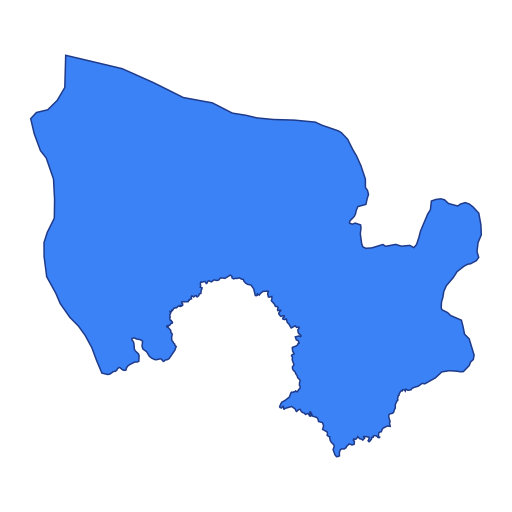 Huameuang, Houaphan, Laos
{"feature_id": "54806243B56031864903402", "entity_name": "Huameuang", "entity_type": "district", "adm_level": 2, "iso_a3": "LAO", "parent_name": "Laos", "parent_adm1": "Houaphan", "projection": "robinson", "projection_center": [103.862, 20.067], "detail": "fine", "context": "isolated", "style": "filled", "palette": "blue", "viewbox_px": 512, "rotation_deg": 0, "n_neighbors": 0, "source": "geoboundaries", "source_scale": "gbopen_adm2", "svg_char_len": 6092}
<svg xmlns="http://www.w3.org/2000/svg" viewBox="0 0 512 512"><path d="M101.9,373.1L107.8,374.5L109.9,374.1L113.5,371.5L115.3,371.3L116.6,370.4L117.4,368.9L118.9,367.5L120.0,367.7L122.6,369.9L124.7,370.4L125.9,370.1L126.5,368.0L127.6,366.2L129.5,364.7L134.6,362.1L137.6,361.9L138.8,361.3L139.1,355.5L138.3,353.7L135.2,350.8L134.4,349.2L133.9,343.3L133.2,341.5L131.8,339.7L132.1,338.4L133.5,338.0L135.1,338.1L136.1,338.9L139.9,339.6L141.7,340.4L142.6,341.5L142.0,346.1L142.9,349.0L146.6,351.7L149.4,356.3L151.6,358.1L154.7,359.6L156.5,359.7L160.4,358.8L161.9,359.5L162.5,360.8L163.8,361.4L165.3,360.0L167.5,359.6L169.1,358.6L174.8,350.3L176.2,346.5L175.0,345.5L174.7,344.1L173.7,343.2L172.9,341.6L171.8,340.4L171.6,337.3L172.2,334.5L171.9,333.3L170.8,332.5L170.8,330.5L168.8,328.1L166.8,326.8L167.1,325.6L168.6,326.1L169.0,325.3L169.8,325.2L170.6,323.8L172.3,323.1L172.5,322.5L172.0,321.6L171.3,321.5L171.3,320.5L170.3,320.2L170.0,319.5L169.7,318.1L170.2,317.1L169.7,314.9L170.6,313.5L170.0,311.6L171.2,311.9L171.7,311.3L171.7,310.2L172.6,310.3L173.8,308.3L174.7,308.2L175.1,307.6L176.5,307.8L178.5,306.0L180.2,306.4L180.3,305.5L181.2,306.1L181.6,306.1L181.7,305.4L182.6,305.3L182.7,304.0L181.6,302.8L181.9,301.8L188.1,301.7L188.6,300.5L189.3,300.3L189.3,299.6L191.5,298.8L191.1,297.4L191.9,295.8L193.6,297.0L194.7,296.0L195.9,295.6L196.3,295.7L196.6,296.7L197.2,296.9L198.7,295.7L199.4,293.9L200.9,293.4L201.1,290.8L202.0,288.5L202.0,287.7L200.3,287.3L200.6,285.4L200.3,283.3L200.9,282.0L201.4,282.3L204.9,281.4L206.3,283.5L207.1,283.0L207.9,281.2L208.6,280.7L211.0,281.8L211.7,281.7L213.9,279.9L217.1,280.5L218.9,279.9L220.2,278.1L223.0,278.0L224.9,278.4L230.3,275.1L231.9,276.2L231.9,277.4L232.3,278.2L233.8,278.9L235.2,278.3L236.8,278.5L239.4,277.8L241.4,279.1L243.4,279.4L243.7,280.8L244.2,281.5L245.6,283.1L247.5,284.3L251.0,285.1L253.7,288.8L255.3,295.5L256.4,295.7L257.2,295.3L257.0,294.2L257.4,293.8L259.2,295.1L260.4,293.5L263.0,291.4L268.1,291.1L268.4,291.5L267.7,293.2L267.7,294.3L268.4,297.0L269.5,297.1L271.8,296.5L271.9,298.9L271.3,300.7L274.3,304.0L275.4,306.4L277.0,306.5L278.1,307.4L277.5,309.5L277.8,310.6L280.2,310.1L280.7,310.3L280.8,310.7L279.8,311.4L278.8,313.0L278.7,313.6L279.3,314.7L280.9,316.4L283.5,315.6L284.3,315.9L284.2,316.9L282.7,318.1L282.8,319.0L284.7,319.6L286.3,319.0L287.3,322.5L288.8,323.9L291.2,328.0L295.0,325.9L295.4,325.9L296.5,327.4L298.7,327.0L299.3,327.9L297.8,329.9L298.2,332.5L298.7,333.5L300.9,335.4L300.9,336.3L300.4,336.6L298.6,336.0L295.3,336.9L296.4,340.0L297.9,340.4L299.0,342.5L299.1,343.2L298.1,343.4L297.6,344.9L295.9,346.1L292.5,347.3L292.2,347.8L292.7,351.3L294.1,353.6L293.8,354.2L292.3,354.6L291.5,355.6L292.5,357.4L292.2,359.8L294.0,364.8L292.4,366.9L292.5,368.6L293.5,370.5L295.3,372.1L295.7,373.7L297.0,375.4L297.7,377.7L299.8,379.8L300.1,381.2L299.5,382.9L299.4,385.2L300.1,386.4L300.1,387.9L299.7,388.8L298.7,389.5L297.4,391.8L296.6,391.6L295.7,390.9L294.9,391.7L294.2,391.7L293.1,392.3L291.7,392.1L290.9,392.8L289.4,397.0L285.2,400.3L281.9,402.1L280.7,404.0L279.6,406.8L280.0,407.5L281.5,408.0L282.6,406.5L283.3,406.3L283.8,409.1L284.1,409.2L285.2,408.4L291.6,406.5L295.1,408.9L296.2,411.3L296.6,411.5L298.7,409.6L300.2,409.3L301.3,411.5L302.5,412.5L304.1,413.0L305.6,414.5L306.8,413.8L308.4,413.6L309.5,415.9L310.3,416.2L311.0,415.6L310.0,413.9L309.7,412.3L309.9,411.9L310.6,412.0L312.0,414.6L312.0,415.9L316.9,417.5L317.9,419.0L318.6,421.5L322.1,422.5L322.6,423.0L323.6,425.7L322.6,429.4L327.2,432.0L327.5,433.4L327.1,435.2L328.6,436.5L329.8,436.8L329.8,438.6L330.3,440.6L331.6,442.7L333.0,443.9L334.1,445.4L334.2,446.5L333.1,449.5L334.9,454.7L336.5,456.7L338.3,456.5L339.5,455.8L339.3,453.3L339.8,450.9L340.4,449.8L341.8,448.8L344.1,449.0L346.1,447.6L346.6,446.3L348.3,444.9L348.7,444.1L350.0,444.1L352.0,445.0L354.2,444.2L354.4,441.3L353.4,440.3L353.6,439.0L354.0,438.8L355.0,439.4L356.0,439.1L357.5,437.4L357.7,436.7L359.9,438.8L361.5,439.1L362.8,440.1L364.6,438.1L364.6,437.6L363.7,437.1L363.6,436.6L366.4,436.5L367.4,437.0L368.8,437.1L369.1,437.6L368.9,439.3L368.1,440.7L368.7,441.6L369.5,441.6L371.6,438.9L371.6,437.5L373.2,437.2L373.3,436.3L374.0,435.6L376.3,435.8L378.2,437.6L379.4,437.6L379.6,437.2L378.8,437.1L378.5,435.7L378.8,432.8L379.3,432.2L381.2,431.8L382.5,428.8L383.1,428.2L387.3,426.0L390.2,426.4L389.5,423.0L390.1,421.5L388.8,417.3L388.8,415.1L389.7,413.9L392.5,413.3L393.7,412.2L394.2,410.1L395.3,408.1L395.3,404.6L396.8,401.2L397.9,400.1L397.6,398.3L398.3,395.7L399.1,395.1L399.1,394.0L400.6,391.4L401.3,390.9L402.3,390.9L402.5,389.7L404.3,389.9L405.3,391.0L405.4,389.5L405.9,389.1L407.7,390.3L410.9,389.9L412.1,388.3L414.4,387.3L418.3,386.2L422.1,383.4L424.8,383.8L435.5,377.8L441.8,371.9L449.3,370.7L457.0,371.2L460.5,371.8L463.4,371.6L469.2,365.6L470.5,362.1L473.3,359.5L474.1,355.1L469.2,338.9L464.5,334.1L463.1,326.8L461.4,320.2L450.6,315.5L447.6,312.6L441.9,309.7L441.2,307.9L441.5,302.0L442.8,297.6L443.8,291.4L446.4,285.6L453.1,277.8L457.1,271.6L464.1,266.1L467.8,264.2L470.5,263.8L476.3,260.7L478.7,257.4L477.0,251.6L478.0,242.8L481.3,234.8L480.9,224.9L478.8,213.2L473.1,207.0L469.4,204.1L465.3,202.6L460.6,204.0L457.6,206.0L448.5,203.5L444.5,199.8L440.8,198.8L435.7,199.5L431.4,201.0L430.4,209.8L427.8,213.8L420.5,231.1L418.8,237.7L416.5,244.6L413.8,247.6L409.8,245.4L401.4,246.2L395.7,244.4L385.6,246.3L382.9,244.5L371.8,247.9L365.8,248.3L362.8,246.8L361.7,243.9L360.3,233.7L361.0,228.2L360.6,224.9L355.2,223.1L352.2,224.2L349.5,223.1L349.9,220.9L354.2,216.5L355.5,213.9L356.2,210.6L357.8,206.6L365.9,204.4L367.2,198.5L368.5,194.5L367.5,190.4L365.4,187.5L365.4,179.1L361.0,165.9L356.5,155.9L352.7,149.4L347.6,139.2L341.3,132.6L338.4,130.9L321.9,125.2L315.2,122.1L294.2,120.1L273.6,119.5L256.8,117.9L246.5,115.4L232.3,113.1L212.4,102.9L183.2,97.5L154.0,82.9L122.2,68.7L65.7,55.3L64.8,87.5L57.2,100.4L47.7,109.8L36.4,112.5L30.7,118.7L34.2,133.7L40.5,150.7L46.2,157.9L53.5,179.0L54.6,199.6L54.3,218.2L47.3,232.3L44.0,242.6L44.1,256.6L46.7,276.7L55.8,293.2L60.2,303.5L69.8,317.3L78.4,326.0L85.1,335.3L91.8,347.6L96.6,360.5L101.9,373.1Z" fill="#3b82f6" stroke="#1e3a8a" stroke-width="1.5"/></svg>